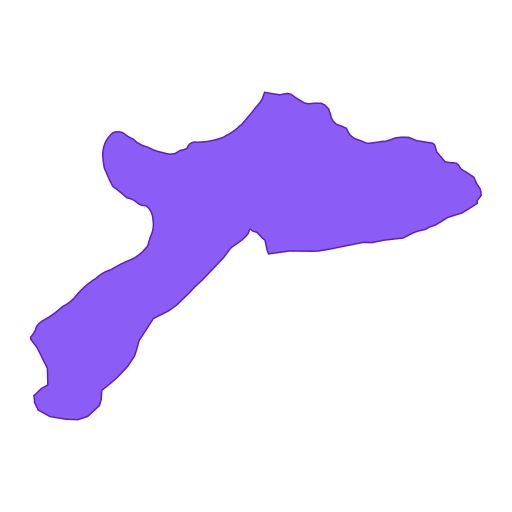 outline of Zarqa, Dumyat, Egypt
{"feature_id": "37247803B96389835129643", "entity_name": "Zarqa", "entity_type": "district", "adm_level": 2, "iso_a3": "EGY", "parent_name": "Egypt", "parent_adm1": "Dumyat", "projection": "equal_earth", "projection_center": [31.647, 31.209], "detail": "fine", "context": "isolated", "style": "filled", "palette": "violet", "viewbox_px": 512, "rotation_deg": 0, "n_neighbors": 0, "source": "geoboundaries", "source_scale": "gbopen_adm2", "svg_char_len": 6023}
<svg xmlns="http://www.w3.org/2000/svg" viewBox="0 0 512 512"><path d="M65.8,419.2L77.8,419.7L87.7,416.4L99.4,405.6L101.3,399.2L101.7,391.2L102.1,390.1L110.5,383.3L116.7,377.9L124.9,369.4L127.8,366.2L134.5,356.1L136.7,349.4L139.0,340.7L153.4,318.5L164.8,312.8L168.9,310.7L177.0,304.7L189.3,292.8L194.8,286.9L202.6,279.7L223.7,257.5L230.2,248.7L231.5,247.4L236.8,243.7L241.9,240.0L245.9,236.2L248.2,233.4L249.7,229.2L250.7,229.4L253.1,231.2L257.1,232.4L262.3,238.0L265.0,240.2L267.0,249.6L268.5,253.9L287.4,251.3L289.0,251.0L313.3,251.2L315.2,251.2L318.8,251.0L328.7,249.3L360.9,242.8L363.4,242.4L372.2,242.6L383.6,240.2L403.0,238.0L414.0,232.5L417.9,231.1L425.4,229.4L429.4,227.1L435.5,225.0L448.0,217.3L462.0,213.0L473.8,205.6L477.4,203.3L477.1,200.6L481.3,195.3L480.4,189.3L476.6,183.5L473.7,177.0L461.1,169.0L458.2,164.7L456.3,163.2L452.5,162.7L450.5,162.7L445.1,161.8L436.6,151.7L434.6,144.8L432.7,143.2L416.6,140.6L408.6,137.3L401.2,137.2L395.9,137.8L389.8,140.0L385.1,141.4L382.4,141.3L379.0,142.0L369.0,143.3L366.9,143.3L360.9,140.8L354.3,138.4L350.3,135.3L348.3,132.2L346.4,128.3L341.0,125.9L336.4,124.3L333.1,121.1L331.1,117.3L330.5,114.2L328.5,108.8L324.6,104.9L321.2,103.3L314.5,103.2L308.5,103.8L304.5,103.0L295.2,97.4L291.2,94.3L287.2,93.4L279.8,94.8L273.8,93.9L266.1,92.6L264.6,92.3L264.3,93.1L264.0,94.0L263.7,94.9L263.4,95.8L263.0,96.6L262.7,97.5L262.5,98.4L262.0,99.3L261.1,100.8L260.6,101.6L259.9,102.6L258.7,104.1L254.7,108.7L254.0,109.9L251.7,112.6L249.2,115.6L246.6,118.7L243.9,121.8L242.0,124.2L240.8,125.2L239.0,126.4L238.2,127.5L237.2,128.3L236.3,129.1L235.3,129.8L234.3,130.6L233.3,131.3L232.3,132.0L231.2,132.7L230.2,133.4L229.2,134.0L228.1,134.6L226.9,135.0L224.9,136.3L223.9,137.1L222.7,137.4L221.8,137.8L220.3,138.3L219.0,138.7L217.8,139.1L216.5,139.5L215.2,139.8L213.9,140.1L212.6,140.4L211.4,140.7L210.1,141.0L208.8,141.2L207.5,141.4L206.2,141.6L204.9,141.7L203.5,141.9L202.2,142.0L200.9,142.1L199.6,142.1L198.3,142.2L197.0,142.2L195.4,142.1L194.5,142.1L193.7,142.2L192.9,142.3L192.1,142.6L191.4,142.9L190.7,143.4L190.0,143.8L189.3,144.4L188.8,145.1L188.3,145.8L187.8,146.6L187.4,147.4L187.2,148.2L186.6,148.6L185.8,148.9L185.0,149.2L184.2,149.5L183.4,149.7L182.6,149.9L181.7,150.1L180.9,150.3L180.0,150.5L178.1,151.7L176.1,152.9L175.3,153.4L174.6,153.6L174.0,153.7L173.3,153.8L172.7,153.9L172.1,154.0L171.4,154.1L170.8,154.1L170.1,154.1L169.5,154.1L168.8,154.0L168.2,153.9L167.5,153.9L166.9,153.7L166.3,153.6L165.6,153.4L165.0,153.2L164.4,153.0L163.7,152.8L163.0,152.6L161.9,152.4L160.8,152.2L159.8,151.9L158.7,151.6L157.6,151.3L156.6,151.0L155.5,150.6L154.5,150.3L153.4,149.9L152.4,149.4L151.4,149.0L150.3,148.5L149.3,148.0L148.3,147.5L147.2,146.9L145.5,146.5L144.8,146.2L144.0,146.0L143.2,145.7L142.5,145.4L141.8,145.1L141.0,144.7L140.3,144.4L139.6,143.7L138.9,143.4L137.4,142.8L136.8,142.2L136.1,141.7L135.5,141.2L134.8,140.6L134.2,140.1L133.6,139.5L133.0,138.9L132.2,138.6L131.4,138.3L130.7,137.9L129.9,137.5L129.2,137.1L128.4,136.7L127.7,136.3L127.0,135.8L126.2,135.3L125.6,134.8L124.9,134.3L124.2,133.7L123.2,133.0L122.2,132.6L121.1,132.2L120.1,132.0L119.0,131.8L117.9,131.8L116.8,131.8L115.7,131.9L114.6,132.2L113.5,132.5L112.7,132.9L111.5,134.0L110.7,134.8L110.1,135.5L109.5,136.2L108.9,136.9L108.4,137.6L107.8,138.3L107.3,139.1L106.8,139.8L106.3,140.6L105.8,141.4L105.4,142.3L105.1,143.0L104.8,143.8L104.4,144.9L103.9,146.5L103.5,148.0L103.2,149.6L103.0,151.3L102.8,152.9L102.8,154.5L102.8,156.1L102.9,157.3L103.0,158.6L103.1,159.9L103.2,161.1L103.4,162.4L103.6,163.7L103.8,164.9L104.0,166.2L104.2,167.4L104.7,169.1L105.3,170.2L106.4,172.7L107.1,174.4L107.7,175.9L108.4,177.4L109.0,178.8L109.7,180.3L110.4,181.7L111.1,183.1L111.8,184.5L112.6,186.1L113.9,187.2L115.5,188.4L117.1,189.6L118.7,190.9L120.2,192.1L121.8,193.4L123.3,194.7L124.8,196.0L126.3,197.3L127.1,197.9L127.8,198.0L128.4,198.2L129.1,198.3L129.7,198.5L130.3,198.6L131.2,199.0L132.4,199.5L133.6,200.1L134.7,200.8L135.8,201.6L136.9,202.5L137.8,203.3L138.7,203.9L139.6,204.4L140.5,204.8L141.4,205.2L142.4,205.4L143.4,205.6L144.1,205.6L144.9,205.6L146.0,205.7L146.9,206.4L147.8,207.3L148.6,208.1L149.4,209.1L150.1,210.1L150.7,211.2L151.2,212.3L151.7,213.4L152.1,214.6L152.5,215.9L152.7,217.1L152.9,218.4L152.9,219.5L153.1,220.4L153.2,221.5L153.3,223.0L153.4,224.5L153.3,226.0L153.2,227.5L153.0,229.0L152.7,230.5L152.4,231.5L152.1,232.5L151.6,233.9L151.1,235.2L150.6,236.5L150.1,237.8L149.7,239.1L149.3,240.4L148.9,241.7L148.5,243.1L148.1,244.4L147.8,245.7L147.1,246.6L146.4,247.4L145.7,248.2L145.0,249.0L144.3,249.8L143.5,250.6L142.9,251.6L142.1,252.2L141.3,252.9L140.6,253.5L139.7,254.2L138.0,255.5L137.1,256.1L135.4,257.3L133.7,258.4L132.7,258.7L131.8,259.2L130.9,259.7L128.8,260.5L128.0,260.8L126.4,261.5L124.9,262.2L123.3,263.0L121.7,263.7L120.2,264.5L118.7,265.3L117.1,266.1L115.6,267.0L114.1,267.8L110.9,269.8L109.6,270.2L108.8,270.5L107.9,270.8L107.1,271.1L106.3,271.4L105.5,271.8L104.9,272.1L103.9,272.6L103.2,273.0L102.4,273.5L101.6,273.9L100.9,274.4L100.2,274.9L99.4,275.5L98.7,276.0L98.0,276.6L97.3,277.2L96.4,278.0L95.2,278.9L94.1,279.6L92.9,280.3L91.8,281.1L90.8,281.9L89.7,282.7L88.6,283.5L87.5,284.3L86.5,285.2L85.5,286.1L84.5,287.0L83.4,287.9L82.5,288.9L81.5,289.8L80.5,290.8L79.6,291.8L78.8,292.6L77.7,293.8L76.8,294.9L75.9,295.9L74.2,298.1L73.3,299.0L72.5,299.7L71.8,300.3L71.1,301.0L70.3,301.6L69.5,302.2L68.8,302.8L68.0,303.4L67.2,303.9L66.3,304.4L65.5,305.0L64.7,305.4L63.8,305.9L62.7,306.5L61.9,307.1L60.8,308.1L59.6,309.1L58.3,310.2L57.3,311.0L56.1,312.0L55.0,312.9L53.8,313.8L52.6,314.6L51.3,315.5L50.1,316.3L48.9,317.1L47.6,317.9L46.4,318.7L44.9,319.5L43.6,320.2L43.0,320.6L42.4,320.9L41.8,321.3L41.2,321.7L40.7,322.2L40.1,322.6L39.3,323.3L38.3,324.3L37.4,325.4L36.6,326.4L36.2,327.5L35.7,328.9L35.5,330.1L34.9,330.9L34.2,332.2L33.5,333.4L33.0,334.3L32.4,335.0L31.9,335.6L31.4,336.2L30.7,337.0L30.7,339.2L37.0,347.5L38.2,349.8L47.4,368.2L47.8,384.9L41.4,388.5L34.7,395.0L33.9,395.6L34.5,400.4L34.4,402.1L38.3,410.1L50.1,416.6L65.8,419.2Z" fill="#8b5cf6" stroke="#5b21b6" stroke-width="1.5"/></svg>